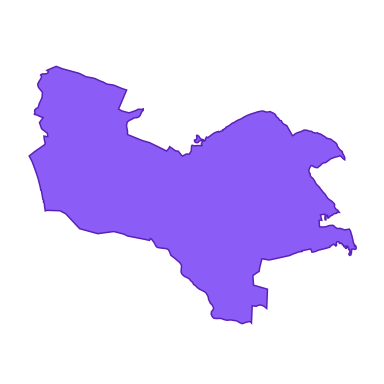 Dumbravesti, Prahova, Romania (Mercator projection), rotated 86°
{"feature_id": "2599482B52367928700528", "entity_name": "Dumbravesti", "entity_type": "district", "adm_level": 2, "iso_a3": "ROU", "parent_name": "Romania", "parent_adm1": "Prahova", "projection": "mercator", "projection_center": [25.982, 45.089], "detail": "fine", "context": "isolated", "style": "filled", "palette": "violet", "viewbox_px": 384, "rotation_deg": 86, "n_neighbors": 0, "source": "geoboundaries", "source_scale": "gbopen_adm2", "svg_char_len": 5902}
<svg xmlns="http://www.w3.org/2000/svg" viewBox="0 0 384 384"><g transform="rotate(86 192 192)"><path d="M196.0,340.1L200.6,339.7L200.2,337.7L201.5,325.0L204.9,319.5L220.8,306.6L227.0,288.9L226.0,273.2L226.1,272.4L229.2,263.1L231.4,259.3L235.6,243.6L237.3,237.8L235.5,236.8L236.6,235.4L239.7,233.4L243.3,231.8L244.7,230.7L245.0,229.9L245.6,227.5L246.6,222.2L247.1,220.7L248.1,219.4L250.8,218.3L253.7,217.5L256.3,214.5L260.9,209.8L262.2,208.7L264.0,207.8L265.0,207.6L270.9,208.5L272.8,207.9L273.8,207.3L275.7,205.4L277.3,202.4L278.7,200.5L280.2,199.7L282.2,197.7L284.0,197.0L284.7,196.4L285.7,195.0L287.7,193.4L289.5,191.3L292.4,186.3L294.2,184.7L297.8,183.1L300.2,183.0L303.3,181.8L304.5,181.3L305.7,180.0L308.4,178.7L310.5,178.8L312.7,180.9L315.1,181.4L317.5,180.6L319.2,179.3L319.5,178.7L319.9,176.8L320.1,172.4L320.4,171.4L321.7,168.5L322.0,167.1L322.4,166.1L322.3,162.2L323.1,159.1L323.6,156.5L325.9,153.1L326.8,151.2L326.8,150.6L326.0,148.1L325.3,144.5L325.5,143.2L326.1,142.2L326.7,141.8L309.7,139.9L310.5,136.1L310.4,135.5L309.6,134.0L309.5,131.5L309.9,130.2L311.0,128.1L313.4,125.6L294.2,123.5L289.2,137.1L279.8,137.1L279.5,136.9L276.3,131.5L276.0,130.6L272.3,129.8L263.5,126.9L265.2,120.0L265.0,118.2L262.2,99.1L260.7,95.0L259.8,91.4L259.3,90.3L259.0,86.4L258.3,86.5L257.1,77.6L260.4,76.5L260.1,73.6L258.7,69.4L258.5,67.7L258.2,66.4L257.5,62.0L256.6,58.2L255.9,58.1L255.5,57.6L255.2,56.4L254.3,55.5L254.2,54.8L254.0,54.3L254.0,54.1L254.7,53.6L254.5,52.7L255.8,52.5L255.8,52.0L255.1,51.5L253.1,51.6L252.1,51.1L251.8,50.8L251.7,50.2L251.8,49.1L253.1,48.7L253.7,48.3L253.7,48.0L253.2,47.0L253.7,46.1L255.0,45.8L255.2,45.7L255.2,45.1L255.5,44.7L257.1,44.3L257.4,43.5L258.9,42.7L259.0,42.0L258.6,41.8L258.4,41.9L258.4,42.4L258.2,42.8L257.5,43.1L256.9,42.9L256.7,42.3L256.9,41.7L256.8,41.1L256.9,40.6L258.3,40.5L258.3,39.8L260.3,39.7L260.5,38.8L262.0,38.8L262.4,38.5L263.6,38.9L264.1,39.6L264.6,39.8L265.2,39.8L266.2,39.3L265.7,37.7L264.8,37.9L263.8,37.1L263.3,37.2L260.1,36.5L260.0,35.3L260.6,33.8L260.6,33.1L260.0,32.2L258.8,32.1L257.0,32.5L256.6,32.8L256.6,33.2L257.6,33.1L257.6,33.5L254.9,34.0L253.2,34.7L252.0,34.7L247.1,35.5L242.2,36.6L240.0,37.6L240.1,39.2L240.5,42.1L238.6,46.7L238.6,49.1L238.4,49.9L237.1,51.7L235.5,53.0L235.0,54.0L235.0,57.3L235.9,60.5L236.1,62.9L235.7,67.2L229.3,67.2L229.0,65.5L229.3,64.5L223.7,65.5L223.4,60.9L226.1,60.9L226.2,61.1L228.4,61.3L229.2,61.0L229.1,60.3L226.1,60.1L225.6,59.9L224.5,58.8L224.6,58.5L225.4,58.3L227.4,58.3L227.4,57.6L227.0,57.0L225.7,55.8L224.9,53.7L223.5,51.8L223.4,51.5L223.6,50.6L223.2,49.0L222.6,49.0L222.3,48.4L222.6,46.5L220.3,47.9L219.1,49.6L217.5,50.7L216.7,50.9L214.4,50.6L213.5,51.0L211.1,53.0L208.7,56.1L207.4,57.3L203.6,59.3L200.4,61.9L199.5,62.3L197.8,63.7L196.9,64.2L196.3,64.3L194.4,66.1L192.4,67.7L189.7,68.8L186.9,70.4L185.4,72.0L184.7,72.5L183.5,72.9L182.0,72.8L180.6,73.8L178.4,73.9L175.7,72.7L174.1,71.4L174.0,70.6L174.2,70.2L175.4,68.6L176.0,67.4L176.3,66.5L176.5,65.1L174.5,62.1L173.0,60.5L172.5,59.7L172.1,58.5L172.1,57.2L171.8,56.4L170.9,54.8L168.6,51.4L167.2,46.8L167.0,45.0L166.3,42.0L166.9,40.9L169.7,38.5L170.5,37.4L169.0,37.2L167.3,37.5L164.8,38.7L161.9,39.5L160.7,41.0L158.4,42.7L155.9,44.0L154.7,44.0L153.1,45.1L151.5,46.9L150.7,48.1L149.0,49.8L148.6,51.4L147.9,53.1L147.8,54.2L146.9,54.7L145.8,56.0L144.9,57.4L144.0,58.4L142.9,60.3L142.6,61.6L141.7,62.6L141.9,64.8L141.3,66.0L141.2,67.1L140.3,67.9L139.8,68.6L139.4,71.0L138.3,73.2L138.4,74.4L138.0,75.2L138.0,75.8L139.4,79.2L139.8,81.3L140.6,83.9L141.3,85.3L142.1,86.2L142.9,87.8L132.3,92.9L132.0,93.6L130.4,96.1L128.9,97.2L127.2,97.9L126.5,99.6L124.4,100.8L122.7,102.6L120.8,103.3L119.5,104.5L117.2,108.5L117.5,110.7L117.5,112.0L117.3,112.7L116.3,115.0L116.1,116.4L116.6,121.0L116.8,121.4L118.4,128.2L119.0,129.7L119.4,131.4L121.0,135.2L122.7,138.4L123.2,140.4L124.9,144.1L125.6,145.0L126.1,147.0L128.0,149.7L129.6,153.1L129.8,153.6L130.3,153.5L131.8,156.1L132.1,157.1L132.9,157.0L133.9,160.9L133.9,161.4L133.4,161.7L134.5,165.3L135.4,167.0L138.8,172.3L138.2,173.8L139.1,174.2L140.1,175.0L141.4,175.1L142.1,176.2L142.0,176.5L141.7,176.9L140.8,176.9L140.5,177.2L140.3,178.2L140.0,179.0L138.9,180.2L137.0,181.2L136.0,182.3L135.7,183.1L136.3,183.6L137.9,183.3L139.0,183.5L140.1,184.2L140.3,184.6L140.2,185.6L140.5,186.0L141.8,185.8L142.5,185.4L143.0,184.6L143.2,183.1L142.9,182.3L141.8,181.3L141.4,179.4L141.5,178.7L141.7,178.4L142.6,178.1L144.5,179.3L145.1,179.3L146.0,178.7L146.4,178.8L146.5,179.3L146.1,182.1L146.1,186.5L145.8,187.5L145.5,187.9L145.4,188.7L146.2,189.2L151.2,190.0L152.9,191.3L154.0,191.8L153.7,195.1L155.5,199.0L153.8,200.5L150.5,202.7L150.2,203.2L149.9,205.4L145.2,211.1L147.1,212.2L149.4,214.7L147.8,217.0L139.8,230.9L137.1,238.2L130.2,252.3L126.8,252.1L121.4,252.7L118.4,252.0L117.6,251.5L116.3,249.7L114.8,245.9L114.1,245.1L114.0,244.1L114.0,242.1L113.8,240.9L113.2,239.6L112.2,238.5L108.4,236.5L107.2,235.0L106.2,234.8L105.7,234.8L106.1,236.6L105.7,239.0L105.8,240.1L106.8,242.4L108.4,248.1L108.6,249.5L106.3,256.1L104.2,259.5L85.7,250.1L84.0,254.4L80.4,261.6L79.7,263.4L78.4,269.4L75.9,273.3L75.1,275.3L71.9,281.2L71.1,283.9L69.7,289.5L69.2,290.5L67.4,293.4L65.6,296.7L60.1,312.5L57.2,318.7L60.5,328.3L61.8,326.9L62.8,327.2L63.8,328.5L63.9,331.4L63.7,332.9L64.4,334.6L64.8,334.9L65.9,334.1L67.3,334.3L68.7,335.1L71.1,337.0L72.1,337.1L72.6,338.0L74.5,338.4L77.0,337.8L82.1,334.3L86.5,334.8L88.3,335.5L93.1,338.2L97.1,339.7L97.5,340.3L97.7,341.6L98.5,342.1L99.1,343.1L100.7,343.4L102.1,342.9L103.2,343.9L103.8,343.4L104.3,341.4L105.8,338.9L107.4,335.4L112.1,339.3L118.5,337.6L123.3,332.2L126.7,331.9L126.7,332.7L125.9,335.8L129.0,335.7L132.7,335.1L133.7,335.2L134.4,335.7L135.0,336.5L140.7,346.1L144.7,351.9L150.7,349.3L159.2,346.8L167.7,344.6L176.0,343.1L179.6,342.7L179.6,342.3L180.3,342.1L188.8,341.3L189.4,341.0L190.1,340.3L191.5,341.0L192.0,340.8L192.8,340.1L196.0,340.1Z" fill="#8b5cf6" stroke="#5b21b6" stroke-width="1.5"/></g></svg>